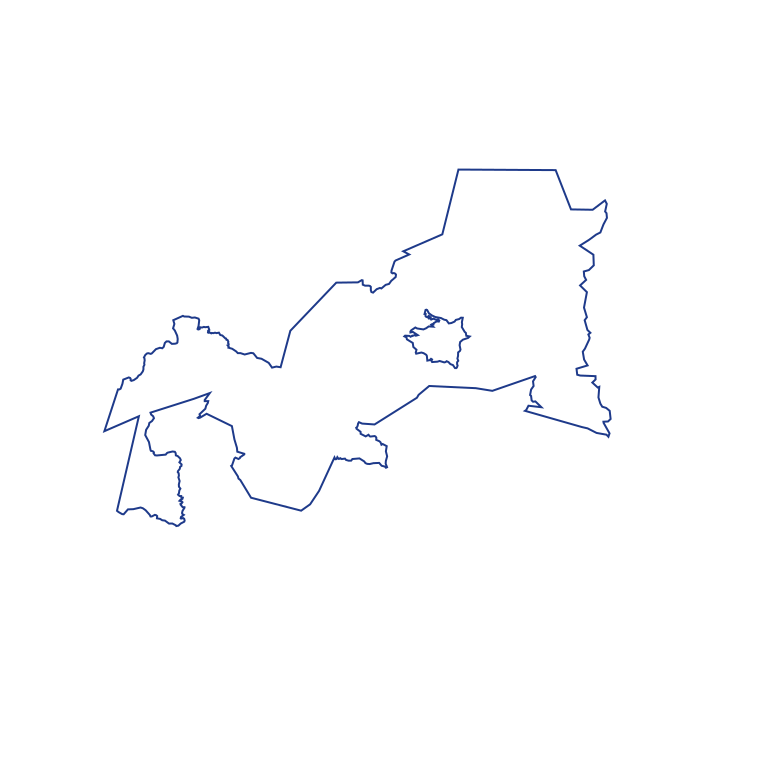 outline of Santiago Lachiguiri, Oaxaca, Mexico, rotated 231°
{"feature_id": "50627088B82456148735878", "entity_name": "Santiago Lachiguiri", "entity_type": "district", "adm_level": 2, "iso_a3": "MEX", "parent_name": "Mexico", "parent_adm1": "Oaxaca", "projection": "natural_earth1", "projection_center": [-95.518, 16.79], "detail": "fine", "context": "isolated", "style": "outline", "palette": "blue", "viewbox_px": 768, "rotation_deg": 231, "n_neighbors": 0, "source": "geoboundaries", "source_scale": "gbopen_adm2", "svg_char_len": 6151}
<svg xmlns="http://www.w3.org/2000/svg" viewBox="0 0 768 768"><g transform="rotate(231 384 384)"><path d="M440.9,165.5L441.8,166.9L443.9,168.3L445.2,168.2L445.9,168.9L446.6,171.9L447.9,173.4L447.8,175.0L448.9,176.1L451.9,175.7L452.8,178.2L454.6,178.7L457.9,178.3L459.5,177.3L461.4,178.6L462.9,178.8L464.6,177.2L466.7,172.9L466.9,171.8L466.5,169.9L471.4,162.5L472.7,161.2L475.1,161.3L475.7,162.2L477.2,162.0L478.8,160.8L479.8,161.1L486.8,164.8L494.6,166.3L498.1,170.3L499.6,174.9L501.4,177.1L501.2,180.4L502.2,183.7L504.2,184.3L506.8,183.8L508.7,184.5L492.1,227.0L486.6,242.9L484.4,234.6L483.5,233.9L481.3,236.6L480.1,235.1L479.1,232.2L477.2,229.6L476.6,221.6L474.9,221.0L474.9,218.1L474.2,218.4L473.6,219.9L472.5,227.4L447.0,239.3L435.1,232.9L427.1,229.6L423.7,227.4L417.7,231.5L417.2,231.1L417.6,226.1L417.1,225.3L417.3,223.7L420.3,222.2L420.2,220.8L416.4,214.7L416.5,213.7L404.1,212.3L402.1,211.4L399.8,211.9L379.3,209.1L337.7,239.9L337.0,250.9L341.8,266.3L358.1,299.3L356.2,298.8L355.8,299.2L355.6,300.0L356.5,301.7L354.4,301.6L353.7,302.6L353.9,303.3L352.3,303.9L350.6,306.7L348.9,306.7L346.6,308.3L345.1,310.3L345.6,312.2L341.6,318.1L336.3,319.9L334.2,319.8L332.5,320.7L330.8,322.5L329.1,326.0L325.7,330.6L322.0,330.7L319.3,332.7L317.7,332.8L317.4,334.0L321.1,335.2L323.0,337.0L325.8,340.9L330.5,343.1L334.0,347.0L338.2,345.2L338.4,343.8L340.8,344.6L342.4,344.4L345.5,342.8L347.0,344.2L348.3,344.4L349.4,344.0L351.7,340.4L352.4,340.0L354.3,340.0L354.8,336.8L360.0,334.5L361.6,335.7L366.5,334.5L367.5,334.9L367.4,335.7L368.1,337.2L369.6,339.0L370.1,340.5L367.0,342.1L358.5,351.2L352.6,400.9L353.8,404.1L354.0,417.9L323.0,452.7L310.5,463.9L295.1,506.4L293.9,506.2L292.3,501.5L288.3,499.0L287.1,494.8L283.5,490.6L282.2,490.8L278.3,488.4L276.4,488.7L275.2,490.7L266.9,491.7L276.2,482.6L274.3,478.2L274.4,476.7L226.0,510.7L221.4,514.3L212.2,518.4L204.6,525.0L201.8,525.2L203.7,528.2L215.6,530.2L216.6,530.8L213.9,534.5L214.2,538.1L221.1,542.5L225.6,541.6L229.0,539.3L232.6,539.8L238.6,542.2L246.3,549.5L246.7,547.9L254.0,546.8L254.4,551.3L257.0,553.3L267.1,541.8L269.6,540.0L274.7,543.2L270.3,553.9L277.1,554.9L284.0,558.8L285.0,562.4L289.4,571.4L290.5,572.9L293.9,574.0L293.9,576.6L298.0,576.1L307.3,580.1L308.2,583.7L317.5,587.5L327.7,599.5L337.2,598.4L337.7,606.6L341.7,607.4L345.7,610.1L343.6,614.9L344.2,621.7L352.7,628.1L368.3,623.2L367.0,634.1L366.6,642.9L365.6,647.5L369.9,655.0L372.8,661.8L376.7,664.4L378.9,664.4L383.8,670.5L387.6,671.3L388.1,655.8L402.0,639.2L442.2,652.0L503.8,576.8L463.6,523.5L475.0,482.5L468.8,485.1L472.7,470.7L472.5,469.2L467.4,461.2L466.0,459.9L464.7,460.2L464.0,461.5L462.6,462.2L461.4,462.1L459.8,460.4L459.6,454.5L458.6,450.9L460.0,447.7L459.9,442.1L461.2,441.3L462.3,438.0L461.9,433.0L463.4,432.1L465.2,432.8L467.8,434.9L468.9,434.8L470.0,434.1L472.3,431.2L474.5,430.0L478.0,432.6L478.7,432.1L479.4,427.7L492.8,410.7L484.3,344.7L462.1,314.2L465.3,311.3L467.2,307.3L473.0,307.7L480.7,304.7L484.1,301.8L490.1,301.8L491.9,300.2L494.6,294.3L498.3,291.9L500.0,289.8L502.4,289.6L506.9,288.2L510.1,286.0L510.4,286.7L512.4,286.8L512.1,287.7L512.7,288.4L514.0,288.6L514.7,289.6L516.6,290.1L517.5,289.4L518.6,289.9L519.3,289.4L523.4,288.9L525.1,287.6L527.8,288.0L529.0,285.8L530.2,285.0L530.9,283.4L532.1,282.2L532.1,281.6L533.5,281.0L534.3,279.8L534.8,279.6L535.3,280.1L535.1,281.0L536.1,281.1L536.0,282.3L539.0,283.4L540.7,280.7L541.7,280.0L542.4,278.1L543.7,276.9L542.7,275.2L543.3,273.9L544.1,273.7L545.8,276.4L549.8,280.5L551.5,281.0L554.7,278.9L556.4,276.3L559.1,274.8L562.2,271.2L563.5,270.6L566.2,260.4L562.6,258.9L560.0,255.1L557.2,255.1L551.8,253.7L548.8,252.0L546.3,249.6L546.1,248.6L546.8,247.0L548.7,244.4L552.5,243.6L554.0,241.8L553.8,239.5L551.5,236.2L551.3,234.2L553.2,232.6L554.6,228.7L553.9,222.8L554.2,221.7L556.3,220.2L556.9,219.0L556.8,216.8L555.7,214.1L554.9,214.1L553.0,212.9L551.1,210.7L549.7,209.9L548.8,207.9L546.7,206.2L545.6,204.5L544.6,200.9L545.0,198.5L544.2,196.0L544.5,192.0L545.4,189.7L546.3,189.4L547.3,190.3L548.4,190.5L549.7,189.8L551.5,184.1L548.8,180.9L546.1,176.4L546.3,175.0L547.2,173.9L523.3,137.0L513.2,173.2L453.5,96.7L451.6,97.1L447.7,98.6L446.6,99.7L447.7,106.1L444.5,110.4L441.2,117.1L439.2,118.4L435.9,119.3L429.7,119.6L428.0,119.2L427.2,120.2L426.5,123.6L425.3,124.4L424.1,124.6L422.5,123.0L420.1,125.1L417.7,125.9L415.7,127.8L410.8,129.1L408.8,131.7L405.2,133.3L404.3,133.2L403.3,135.1L403.5,138.2L402.7,142.1L403.3,143.1L405.0,143.9L406.1,143.6L407.1,141.6L407.6,141.5L408.4,142.6L408.3,146.0L409.6,145.5L410.8,145.8L412.2,147.6L413.4,151.1L413.8,151.4L415.0,150.0L418.3,150.0L419.0,150.5L418.5,151.3L419.0,153.0L420.0,152.9L421.9,151.6L422.1,152.8L421.6,155.1L422.3,156.1L423.3,155.1L424.5,155.9L425.6,154.6L427.6,154.3L428.1,155.8L430.1,158.0L430.8,159.9L433.2,160.0L435.0,161.3L437.2,164.1L440.9,165.5ZM384.9,432.9L387.3,428.1L388.5,428.5L390.2,430.8L394.3,430.1L397.8,432.2L404.3,429.9L406.1,430.8L408.2,429.8L408.3,430.8L405.4,434.0L404.0,434.4L403.8,436.2L403.5,436.2L402.7,438.6L401.5,439.1L400.7,441.0L406.3,439.2L407.4,437.0L408.2,437.6L408.6,439.0L408.2,443.9L406.3,444.7L401.6,449.0L400.8,451.9L400.6,455.0L397.6,458.3L400.4,458.0L400.2,459.2L399.2,460.0L400.0,460.9L399.5,464.4L398.0,465.9L398.6,467.0L400.1,466.6L401.1,464.9L403.7,463.5L404.4,461.2L405.5,461.3L406.3,462.2L406.9,461.6L407.6,462.0L408.4,461.6L408.9,462.4L408.7,460.8L407.7,461.2L405.8,460.1L407.7,460.2L409.8,459.0L410.7,459.0L412.2,460.4L412.9,459.6L415.4,462.9L415.1,463.7L414.3,464.1L410.7,463.4L407.1,464.4L403.8,466.0L399.4,469.8L396.2,471.2L394.3,472.7L390.3,472.5L389.0,474.7L388.1,478.1L388.6,480.2L387.2,483.2L387.1,485.6L385.9,486.9L383.0,483.4L381.3,482.4L379.3,480.3L373.7,479.5L372.3,479.8L369.7,478.3L367.0,480.5L366.9,478.3L368.8,473.2L368.7,469.6L366.6,467.2L362.6,465.1L361.9,463.8L361.9,461.5L359.2,459.2L357.6,457.1L355.3,456.3L354.9,454.5L353.4,453.3L352.0,452.8L350.9,450.9L350.9,450.1L351.7,449.2L355.3,449.5L357.7,448.1L360.5,447.9L362.3,447.0L362.3,445.6L362.9,444.4L366.9,441.7L367.7,439.6L370.8,435.2L372.1,435.4L372.8,436.8L374.0,436.4L373.8,434.5L374.9,432.4L378.9,435.0L380.1,435.2L383.0,434.2L384.9,432.9Z" fill="none" stroke="#1e3a8a" stroke-width="2"/></g></svg>